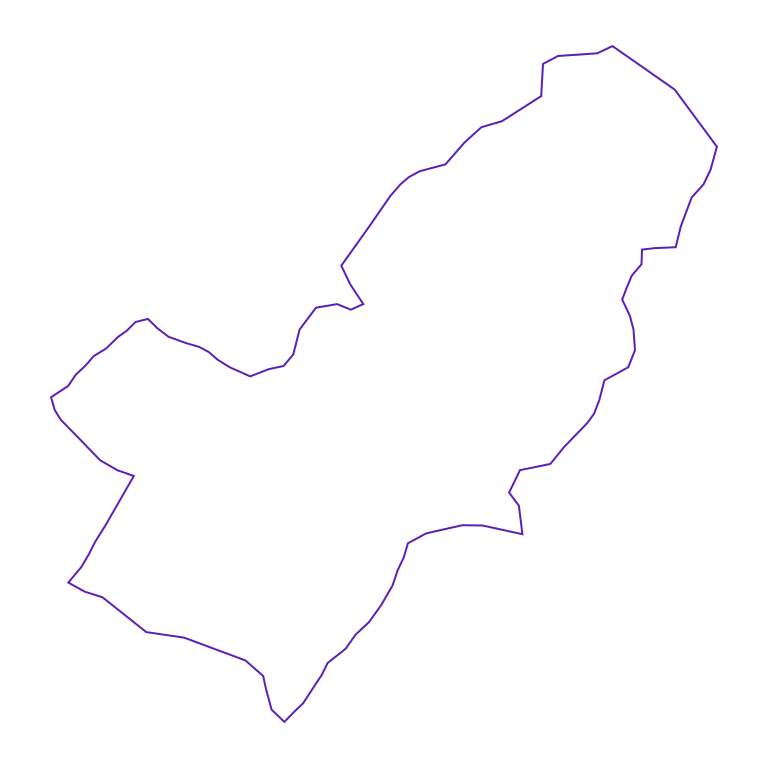 the district of Presidente Castelo Branco, Paraná, Brazil
{"feature_id": "56859067B40878166558418", "entity_name": "Presidente Castelo Branco", "entity_type": "district", "adm_level": 2, "iso_a3": "BRA", "parent_name": "Brazil", "parent_adm1": "Paraná", "projection": "orthographic", "projection_center": [-52.155, -23.264], "detail": "fine", "context": "isolated", "style": "outline", "palette": "violet", "viewbox_px": 768, "rotation_deg": 0, "n_neighbors": 0, "source": "geoboundaries", "source_scale": "gbopen_adm2", "svg_char_len": 1415}
<svg xmlns="http://www.w3.org/2000/svg" viewBox="0 0 768 768"><path d="M541.2,96.1L501.9,121.2L481.4,127.2L464.3,142.7L445.4,164.4L419.7,171.2L409.0,177.0L400.6,184.2L390.6,195.6L369.7,225.8L341.3,265.7L350.2,284.3L363.3,304.1L350.8,309.7L337.1,304.1L316.0,307.7L299.6,329.5L293.3,354.4L283.6,366.0L268.9,369.1L250.1,376.4L229.6,367.2L217.6,359.7L209.0,352.2L199.2,346.9L185.7,343.0L168.6,336.8L157.2,328.1L147.9,318.9L135.5,322.0L126.8,330.7L117.9,337.0L106.0,348.6L93.7,356.1L85.8,365.3L75.8,374.7L68.2,385.9L51.1,397.2L54.7,410.0L60.9,419.9L78.7,438.1L100.2,460.3L117.3,470.2L133.8,476.0L105.4,525.5L95.2,541.7L89.0,554.0L81.4,566.9L68.3,582.6L84.8,591.7L102.5,597.3L146.3,632.1L184.0,637.6L245.5,660.5L263.2,676.0L265.9,688.6L271.6,709.6L284.3,721.9L295.2,710.8L303.1,703.3L312.7,688.6L321.8,674.8L327.6,663.0L345.7,648.7L355.5,634.7L369.0,622.1L381.0,605.4L392.6,585.4L397.7,570.2L403.9,557.1L407.9,543.3L426.1,533.4L444.9,529.1L462.5,525.2L482.5,525.5L522.4,534.2L518.9,505.7L509.1,492.6L520.0,470.1L535.5,467.0L550.4,463.9L563.9,447.2L574.6,436.1L587.3,423.0L594.1,413.6L599.3,400.1L604.4,380.3L628.3,367.2L635.0,350.1L633.5,329.5L629.9,315.8L622.2,299.6L626.6,288.0L631.7,275.7L641.5,264.3L642.0,249.6L655.1,248.1L675.7,247.2L680.8,226.4L691.7,197.4L703.5,184.4L710.6,169.6L716.9,146.7L674.7,89.6L612.5,46.1L597.2,53.3L557.9,56.0L543.0,63.9L541.2,96.1Z" fill="none" stroke="#5b21b6" stroke-width="2"/></svg>